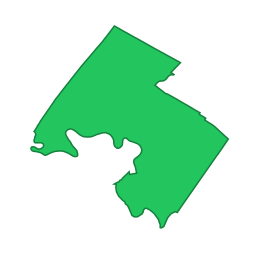 the district of Adancata, Ialomita, Romania, rotated 354°
{"feature_id": "2599482B2487196456759", "entity_name": "Adancata", "entity_type": "district", "adm_level": 2, "iso_a3": "ROU", "parent_name": "Romania", "parent_adm1": "Ialomita", "projection": "orthographic", "projection_center": [26.439, 44.763], "detail": "fine", "context": "isolated", "style": "filled", "palette": "green", "viewbox_px": 256, "rotation_deg": 354, "n_neighbors": 0, "source": "geoboundaries", "source_scale": "gbopen_adm2", "svg_char_len": 4178}
<svg xmlns="http://www.w3.org/2000/svg" viewBox="0 0 256 256"><g transform="rotate(354 128 128)"><path d="M108.4,182.3L110.3,182.8L109.7,185.9L109.9,190.5L111.7,195.0L115.4,199.7L117.0,200.8L117.3,201.4L117.2,202.3L117.6,203.5L119.3,204.7L120.5,207.8L122.8,215.4L125.1,217.1L128.3,217.3L133.2,214.8L134.4,212.9L134.9,211.1L136.2,209.8L138.0,209.8L141.4,212.0L144.9,215.6L146.7,218.6L148.8,222.4L149.3,225.5L149.9,227.1L149.8,228.8L149.6,230.4L150.6,230.9L153.3,229.8L158.0,221.5L161.6,218.0L164.5,216.7L166.3,216.2L168.2,217.2L169.7,215.1L169.9,215.2L172.1,212.5L193.2,188.1L213.4,164.8L214.1,164.2L222.8,154.0L226.6,149.5L225.1,147.8L220.8,143.0L215.1,136.5L213.6,134.9L211.7,133.2L210.2,132.1L205.1,128.0L206.3,126.4L204.7,125.1L200.3,121.8L201.2,120.4L200.0,119.5L198.8,118.7L198.6,118.5L198.1,118.2L195.9,116.6L195.2,116.1L194.5,115.5L189.8,112.0L185.6,109.0L179.8,104.7L170.6,98.2L169.3,98.0L159.3,88.4L161.0,86.7L162.4,85.6L163.3,85.1L163.7,84.9L164.7,84.7L165.6,84.8L167.7,84.8L168.5,84.7L169.2,84.5L169.5,84.3L171.1,83.3L172.0,82.4L173.0,81.3L174.0,80.5L174.8,80.0L175.1,79.9L175.8,79.6L176.5,79.6L178.2,79.8L178.9,80.0L179.1,79.9L179.3,79.8L179.4,79.7L176.5,77.3L185.2,70.0L186.8,68.7L187.0,68.5L185.7,67.6L185.2,67.2L182.4,65.3L161.9,51.1L160.4,50.0L152.8,44.6L150.8,43.2L148.0,41.2L147.4,40.8L146.6,40.2L143.7,38.3L138.0,34.2L133.2,30.9L129.8,28.4L125.1,25.1L120.9,29.7L111.7,39.3L108.4,42.4L107.5,43.3L106.6,44.1L106.3,44.3L98.4,51.9L88.2,61.6L83.8,66.1L82.2,67.7L81.8,68.1L81.4,68.5L78.9,71.1L77.3,72.7L75.3,74.8L74.6,75.6L71.4,78.8L68.5,81.8L65.1,85.3L63.0,87.6L60.2,90.5L59.5,91.1L51.2,100.9L50.3,101.9L46.8,106.0L44.0,109.2L43.8,109.5L41.4,112.3L41.2,112.7L40.7,113.4L40.0,114.3L39.4,115.0L39.0,115.4L38.3,116.2L38.3,116.4L38.2,116.6L38.0,116.9L34.6,121.3L34.2,121.6L34.7,122.1L35.0,122.6L35.3,123.2L35.4,123.8L35.5,124.5L35.5,125.2L35.1,126.1L34.7,126.7L34.3,127.5L34.1,128.4L33.6,129.5L33.4,130.0L33.3,131.0L33.2,131.8L33.4,132.4L33.7,132.7L34.1,133.0L34.5,133.1L35.1,133.1L36.5,133.3L37.8,133.4L38.8,133.5L39.7,133.6L40.3,133.7L40.8,134.0L41.6,134.6L42.0,135.1L42.1,135.6L42.3,136.1L42.3,136.4L42.2,136.9L41.9,137.6L41.5,138.1L40.9,138.5L40.1,139.0L39.6,139.3L38.8,139.5L38.1,139.6L37.3,139.7L36.5,139.6L35.9,139.3L34.9,138.5L34.1,137.9L33.5,137.4L32.9,137.1L32.3,136.9L31.7,136.7L31.2,136.7L30.5,136.8L30.1,136.9L29.7,137.2L29.5,137.7L29.4,138.3L29.4,139.2L29.7,139.8L30.2,140.5L30.8,140.9L31.7,141.3L32.7,141.5L33.7,141.8L34.4,141.9L35.5,142.3L36.4,142.6L37.4,143.0L38.7,143.6L39.3,143.9L40.0,144.4L40.5,145.0L41.3,145.6L41.8,146.0L42.4,146.4L43.1,146.4L43.7,146.4L44.3,146.2L46.3,145.5L47.1,145.2L49.1,144.5L50.7,144.1L53.4,143.6L54.5,143.6L57.3,143.7L59.4,143.9L60.4,144.1L61.7,144.6L64.0,145.7L67.0,147.5L68.5,148.8L70.0,149.9L70.8,150.4L72.1,150.9L73.5,151.0L74.2,150.8L74.9,150.4L75.1,149.6L75.2,148.7L75.2,147.9L74.8,145.6L74.2,144.4L73.3,143.1L72.1,141.5L71.7,140.9L70.8,139.6L70.3,138.4L69.7,136.9L69.2,135.8L68.6,134.8L67.8,133.6L66.5,130.7L65.7,128.9L65.4,127.4L65.4,126.3L65.6,125.7L66.5,124.4L67.5,123.7L68.1,123.4L69.3,123.0L70.9,123.0L72.3,123.4L73.4,124.2L75.0,125.3L77.2,127.5L78.1,128.6L79.2,129.6L81.3,131.1L82.9,132.0L86.5,132.7L90.1,132.9L92.9,132.3L96.4,131.2L102.1,130.2L105.3,130.3L108.0,131.7L109.5,132.7L111.0,134.8L111.3,135.5L112.1,137.0L112.3,138.3L112.5,140.2L112.3,141.6L112.4,142.8L112.5,143.8L113.2,145.2L113.9,146.0L114.9,146.8L115.6,147.0L116.7,147.1L117.9,146.7L118.8,146.1L119.6,145.5L120.3,144.6L120.7,143.7L120.9,142.7L121.3,141.0L121.6,139.7L121.9,138.7L122.7,138.1L123.6,137.7L124.6,137.6L125.5,138.1L126.2,138.8L126.7,139.5L127.5,140.3L128.3,141.1L129.3,141.5L130.5,142.0L132.2,142.7L134.1,143.7L135.9,144.7L137.1,145.8L137.9,146.6L138.4,147.5L139.1,149.1L139.3,150.2L139.4,151.2L139.2,152.1L138.9,153.1L138.8,153.5L137.9,154.7L137.1,155.8L135.9,156.7L134.7,157.5L133.3,158.3L131.8,159.2L130.6,160.4L130.2,162.0L130.1,162.6L130.3,163.9L130.6,165.4L131.3,167.8L131.5,170.2L131.8,173.4L131.9,173.8L124.7,174.4L124.6,171.6L121.0,174.5L119.2,175.8L117.6,177.1L115.9,178.9L114.8,179.0L114.0,179.7L113.2,180.7L112.0,180.8L111.0,181.3L109.8,181.7L108.4,182.3Z" fill="#22c55e" stroke="#15803d" stroke-width="1.5"/></g></svg>